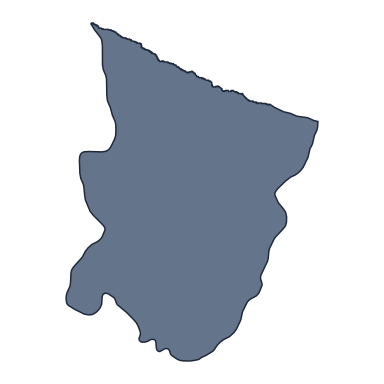 outline of Villa Vázquez, Monte Cristi, Dominican Republic
{"feature_id": "3306468B4250882356752", "entity_name": "Villa Vázquez", "entity_type": "district", "adm_level": 2, "iso_a3": "DOM", "parent_name": "Dominican Republic", "parent_adm1": "Monte Cristi", "projection": "albers", "projection_center": [-71.426, 19.801], "detail": "fine", "context": "isolated", "style": "filled", "palette": "slate", "viewbox_px": 384, "rotation_deg": 0, "n_neighbors": 0, "source": "geoboundaries", "source_scale": "gbopen_adm2", "svg_char_len": 5752}
<svg xmlns="http://www.w3.org/2000/svg" viewBox="0 0 384 384"><path d="M198.7,359.5L201.6,357.4L206.2,355.3L212.7,351.3L214.0,350.1L217.1,345.3L220.7,341.7L224.0,339.4L229.5,336.6L234.0,332.5L236.4,329.2L240.3,321.0L241.0,319.0L242.5,311.8L246.9,302.8L248.0,301.2L250.2,299.2L256.3,295.9L258.3,293.8L259.3,292.1L262.1,285.2L262.0,283.5L260.5,278.5L260.7,275.6L267.5,261.3L268.2,258.2L268.8,251.7L269.5,248.5L274.4,238.5L276.4,236.0L282.5,229.6L284.6,227.1L285.7,225.2L286.5,222.1L286.6,216.6L285.6,212.3L284.0,209.7L278.2,202.5L275.1,195.6L274.8,193.8L275.0,192.9L275.8,191.2L277.6,188.8L285.4,181.2L290.5,177.2L295.1,175.0L297.7,173.3L300.7,170.5L303.2,167.3L308.0,157.3L309.9,149.1L312.5,143.8L314.4,135.5L316.9,130.2L317.6,127.1L317.9,121.5L313.8,120.5L307.5,117.7L296.9,116.2L290.5,113.4L283.4,111.7L274.3,107.3L269.9,104.3L269.3,104.3L269.3,104.8L267.6,104.8L267.6,104.3L266.8,104.4L266.6,103.9L265.5,103.9L265.5,103.5L261.3,103.5L261.3,103.0L258.0,103.0L258.0,103.5L257.1,103.5L257.0,103.0L256.7,103.0L256.7,102.5L255.9,102.6L256.0,102.1L253.8,102.1L253.6,101.7L252.9,101.7L252.9,101.1L250.0,101.2L249.9,100.8L249.1,100.8L249.1,100.3L248.3,100.3L248.2,99.9L247.9,99.9L247.4,99.1L246.6,99.0L246.2,98.1L245.8,98.1L245.8,97.7L245.4,97.7L244.9,96.8L244.5,96.8L244.0,95.9L243.7,95.9L243.6,95.4L242.8,95.0L242.9,94.4L242.4,94.5L242.4,94.1L242.0,94.1L242.1,93.6L238.6,93.7L238.6,93.2L238.2,93.2L238.2,92.8L237.4,92.8L237.4,92.3L236.1,92.3L236.2,91.8L234.9,91.9L234.7,91.4L233.6,91.4L233.2,90.5L231.5,90.5L231.5,90.9L231.1,90.9L231.1,91.4L228.6,91.4L228.2,90.5L225.6,90.5L225.6,91.0L224.4,90.9L224.4,91.4L223.5,91.4L223.5,90.9L222.7,91.0L222.2,90.1L221.8,90.1L221.8,88.7L221.4,88.7L220.9,87.9L220.2,87.9L219.7,87.0L218.9,87.0L218.9,86.5L217.6,86.5L217.6,86.0L217.3,86.0L217.2,86.5L215.6,86.5L215.6,87.0L213.5,87.0L213.3,86.5L212.6,86.5L212.5,86.1L212.2,86.1L212.2,85.1L211.8,85.2L211.7,82.5L211.4,82.5L210.9,81.6L210.5,81.6L210.5,81.2L209.3,81.2L209.1,80.7L208.4,80.7L208.4,80.2L206.0,80.2L205.4,79.4L204.6,79.4L204.6,78.9L203.4,78.9L203.4,78.5L202.5,78.5L202.7,78.1L201.7,78.0L201.7,77.7L198.8,77.6L198.4,76.7L197.5,76.7L197.5,76.3L196.7,76.3L196.3,75.4L195.4,74.9L195.3,74.0L195.0,74.0L195.0,73.6L194.6,73.6L194.6,73.1L193.7,73.2L193.3,72.2L192.9,72.2L192.8,71.8L192.0,71.8L192.0,71.3L191.6,71.3L191.6,71.8L189.9,71.8L189.9,72.2L188.7,72.2L188.7,72.7L187.4,72.7L187.4,72.2L186.1,72.3L185.7,71.4L184.9,71.4L184.9,70.9L184.1,70.9L183.8,70.5L182.8,70.5L182.8,70.0L182.0,70.0L182.0,69.6L181.1,69.6L181.2,69.0L180.3,69.1L180.2,68.7L179.5,68.2L179.4,67.8L179.0,67.8L179.0,67.4L178.2,67.3L178.2,66.9L176.9,66.9L176.9,66.4L176.5,66.4L176.1,65.5L175.7,65.5L175.7,65.1L174.9,65.1L174.6,64.7L173.6,64.7L173.5,64.2L173.2,64.2L173.2,63.7L171.1,63.8L171.1,63.2L169.4,63.3L169.4,62.9L168.1,62.8L168.1,62.4L167.7,62.4L167.7,62.0L164.4,62.0L164.3,61.6L163.1,61.5L163.2,61.0L161.8,61.0L161.8,61.5L159.7,61.5L159.3,60.6L158.9,60.6L159.0,60.2L158.1,60.2L158.1,58.9L157.6,58.9L157.6,58.0L157.2,58.0L157.2,57.1L156.8,57.1L156.7,56.2L156.4,56.2L156.4,55.3L156.0,55.3L155.5,54.4L154.7,54.4L154.7,53.9L153.9,53.9L153.7,53.5L152.2,53.5L152.2,53.0L151.8,53.1L151.8,52.6L151.3,52.6L151.4,52.1L150.5,52.2L150.6,51.7L150.1,51.7L150.1,51.3L149.7,51.3L149.6,50.7L148.8,50.8L148.8,50.4L148.0,50.4L148.0,50.0L147.6,49.9L145.9,49.9L145.9,49.4L144.6,49.5L144.6,49.0L144.2,49.0L144.2,48.6L143.4,48.6L143.5,48.2L142.5,48.1L142.5,47.8L141.7,47.7L141.6,47.2L141.3,47.2L141.3,46.4L141.7,46.4L141.6,45.5L141.3,45.5L141.3,44.1L140.9,44.1L140.9,43.7L140.0,43.7L140.0,43.3L139.4,43.2L137.5,43.2L137.5,42.8L136.7,42.8L136.6,42.3L135.8,42.3L135.8,41.9L134.6,41.9L134.6,41.4L131.6,41.0L131.6,40.6L131.2,40.6L131.2,40.1L130.8,40.1L130.8,39.7L129.5,39.7L129.5,39.1L127.4,39.2L127.4,38.8L126.6,38.8L126.4,38.3L125.3,38.3L125.3,37.9L122.8,37.9L122.8,37.5L122.0,37.4L122.0,37.0L121.1,37.0L121.1,36.5L120.7,36.5L120.3,35.6L119.0,35.6L118.9,35.2L118.6,35.2L118.7,34.6L118.2,34.7L118.2,34.3L117.8,34.3L117.3,33.5L116.5,33.4L116.1,32.5L115.7,32.5L115.7,32.1L114.8,32.1L114.8,31.8L114.0,31.6L114.0,31.2L112.7,31.2L112.8,30.8L111.5,30.7L111.5,30.3L110.6,30.3L110.6,29.8L108.1,29.8L108.1,29.4L103.1,29.4L103.1,28.9L101.8,28.9L101.8,28.6L101.0,28.5L101.0,28.1L98.9,28.1L98.8,27.6L98.5,27.6L98.5,26.7L97.6,26.3L97.7,25.8L96.8,25.8L96.9,25.3L96.0,25.3L96.0,24.9L95.5,24.9L95.5,24.5L94.3,24.5L94.3,24.0L93.4,24.0L93.4,23.6L93.0,23.6L93.1,23.0L91.3,23.1L91.0,24.0L94.7,30.0L100.2,37.1L101.3,39.0L101.9,41.3L102.4,46.0L102.5,65.4L103.4,69.9L105.7,75.3L106.5,78.8L106.8,94.6L107.2,99.4L107.8,101.7L110.5,108.1L112.4,115.3L115.2,121.7L115.8,125.2L115.9,131.1L115.6,135.8L114.6,139.0L110.7,147.1L108.8,149.4L107.2,150.6L105.2,151.4L101.8,151.9L88.6,151.5L84.2,151.8L82.2,152.6L81.3,153.3L80.1,155.2L79.6,157.3L79.4,160.9L79.9,173.6L80.8,178.5L83.2,184.0L83.8,186.2L84.7,195.6L85.4,200.0L90.1,211.3L93.3,215.3L103.6,225.7L104.9,228.1L105.0,229.9L102.1,236.9L100.5,239.2L97.4,241.7L91.9,244.4L88.1,247.8L85.6,250.9L82.2,257.3L74.1,266.3L72.2,268.9L71.4,271.0L71.0,273.1L70.5,283.0L70.0,286.2L67.1,292.5L66.3,295.6L66.1,298.8L66.6,302.9L67.5,304.6L69.0,305.8L74.6,309.3L84.5,314.2L88.7,314.9L92.0,314.6L94.0,313.7L95.9,312.5L98.3,310.2L100.3,307.5L101.6,304.3L102.2,296.7L102.8,294.8L103.5,294.0L105.2,293.2L107.9,293.6L113.8,297.5L114.9,298.9L116.4,303.1L117.2,304.6L126.2,312.1L133.1,319.0L136.3,322.7L137.9,325.6L140.3,331.9L140.4,334.3L139.0,338.6L139.3,340.3L140.6,341.7L142.3,342.2L145.0,342.1L146.9,341.6L151.4,339.3L154.0,339.5L154.8,339.9L155.8,341.6L156.4,348.4L157.1,350.2L157.6,350.8L159.1,351.5L159.9,351.5L165.1,348.6L167.5,348.7L168.3,349.1L169.3,350.3L170.6,354.1L171.7,355.5L177.1,359.1L180.0,360.4L183.5,360.9L189.6,361.0L193.2,360.6L198.7,359.5Z" fill="#64748b" stroke="#1e293b" stroke-width="1.5"/></svg>